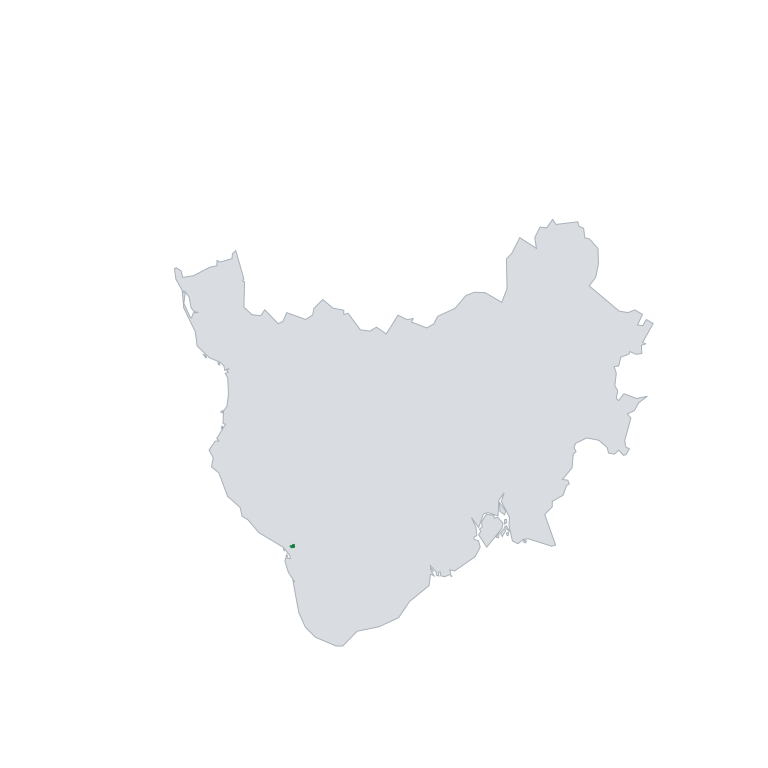 location of Amargosa, Bahia, Brazil, rotated 126°
{"feature_id": "56859067B13463392210040", "entity_name": "Amargosa", "entity_type": "district", "adm_level": 2, "iso_a3": "BRA", "parent_name": "Brazil", "parent_adm1": "Bahia", "projection": "albers", "projection_center": [-39.603, -13.033], "detail": "fine", "context": "in_parent", "style": "filled", "palette": "green", "viewbox_px": 768, "rotation_deg": 126, "n_neighbors": 0, "source": "geoboundaries", "source_scale": "gbopen_adm2", "svg_char_len": 4521}
<svg xmlns="http://www.w3.org/2000/svg" viewBox="0 0 768 768"><g transform="rotate(126 384 384)"><path d="M215.8,203.4L223.2,208.2L231.5,204.7L234.6,208.0L238.8,202.4L249.9,196.1L252.0,191.0L259.2,187.6L259.5,184.4L250.8,184.1L247.3,171.2L239.1,163.7L249.5,166.9L258.4,165.8L265.1,169.5L266.5,164.2L288.3,156.0L292.8,151.3L292.2,147.4L298.9,146.7L301.0,148.4L299.5,155.1L305.4,156.5L307.9,161.7L304.2,166.2L303.3,177.2L308.4,188.3L319.4,194.1L323.8,192.8L325.8,188.9L329.8,189.5L341.3,182.6L356.4,183.5L353.8,178.8L355.9,175.4L359.0,176.6L368.6,173.7L380.0,178.9L384.5,175.7L395.1,177.3L413.4,150.5L416.7,153.0L424.4,176.4L427.9,180.0L434.5,181.8L435.5,187.8L424.9,199.8L418.2,203.9L410.0,220.1L401.4,222.8L410.6,222.8L423.7,214.2L426.8,224.2L430.6,227.2L444.4,223.1L440.7,234.7L445.8,225.4L452.1,219.8L455.3,221.3L456.7,219.6L455.3,215.5L459.4,210.3L470.2,208.8L493.8,217.0L495.5,221.4L498.7,218.2L504.2,221.6L505.8,225.3L503.0,228.0L504.2,229.3L507.1,226.7L507.8,229.2L505.2,231.8L503.7,239.7L507.3,236.4L509.8,230.5L510.4,234.6L520.7,229.1L545.0,235.5L564.4,234.8L583.4,245.4L599.8,260.4L620.3,263.4L624.2,268.9L629.2,290.6L627.0,304.6L618.9,318.7L596.8,341.9L596.7,339.9L592.6,350.6L585.7,359.9L582.6,361.3L580.2,357.1L578.2,359.2L575.3,369.3L577.8,397.9L573.8,414.4L574.4,421.0L568.4,427.9L566.8,444.5L553.0,465.3L552.5,474.8L544.2,478.7L540.3,486.7L529.5,487.0L527.1,484.1L526.3,487.4L509.7,488.5L510.5,491.1L500.2,497.9L494.2,498.0L483.9,503.7L471.0,513.9L468.7,518.7L466.3,517.0L465.5,519.1L462.5,518.3L466.5,521.0L463.5,524.1L462.7,529.4L465.4,540.6L463.1,557.5L452.6,567.4L440.2,590.7L427.9,601.4L427.5,598.1L436.3,593.4L443.6,580.7L443.7,578.5L438.5,580.1L435.2,576.2L437.0,580.1L435.8,584.8L428.3,592.7L426.1,598.8L427.0,602.1L421.6,613.8L413.9,621.3L412.0,620.4L411.7,614.8L416.0,609.4L408.4,601.8L391.8,593.5L386.6,588.7L382.2,591.7L381.5,588.1L372.0,580.7L367.8,583.1L363.2,582.3L381.4,559.1L383.8,559.1L383.2,557.0L404.2,542.5L405.5,531.5L401.1,523.8L394.1,524.1L397.4,505.1L392.7,502.5L383.5,504.7L377.8,485.3L369.9,482.3L364.3,485.1L351.7,483.2L352.6,470.0L348.0,459.9L351.4,457.4L347.9,454.7L354.1,435.0L349.5,426.5L342.4,423.5L342.2,411.6L320.1,413.1L318.4,403.2L313.9,398.8L317.7,398.4L313.5,382.3L306.2,379.1L297.6,380.3L281.0,371.0L264.1,369.7L256.5,364.6L250.7,355.9L248.7,336.7L234.4,340.6L210.8,358.5L203.1,357.4L185.8,360.2L184.7,340.4L176.9,348.1L165.3,350.0L162.1,344.2L151.7,344.3L153.9,338.7L138.8,322.5L141.8,319.0L140.7,314.0L147.7,307.5L145.9,303.1L148.6,290.5L160.8,281.1L173.4,275.4L184.0,275.7L186.8,236.6L182.8,228.5L176.6,224.7L175.8,215.9L187.3,213.5L184.7,209.0L177.7,209.7L176.8,201.8L198.4,199.2L197.8,196.0L201.4,198.5L207.9,193.3L212.0,197.9L213.2,204.1L215.8,203.4ZM431.6,203.7L455.6,205.0L450.4,218.7L446.1,219.1L445.4,221.5L441.8,220.5L438.2,224.1L429.1,224.5L425.6,217.8L427.9,216.0L425.0,213.7L426.6,205.9L431.6,203.7ZM412.0,220.9L415.2,211.0L418.9,209.5L418.9,215.4L412.0,220.9ZM438.0,198.7L435.8,202.4L430.4,201.8L431.1,199.5L438.0,198.7ZM429.6,195.1L429.0,202.5L426.7,201.8L429.6,195.1ZM442.0,203.2L438.6,203.8L437.0,203.2L441.1,200.9L442.0,203.2ZM426.4,204.1L423.0,206.7L421.5,205.5L423.9,203.2L426.4,204.1ZM432.6,197.4L430.9,196.0L433.7,194.4L434.0,195.8L432.6,197.4ZM429.9,178.6L427.9,179.0L427.3,176.4L429.2,176.1L429.9,178.6ZM466.4,547.5L465.7,545.2L467.1,543.0L467.5,543.7L466.4,547.5ZM502.1,496.9L502.6,499.6L500.3,499.1L502.1,496.9ZM464.7,530.9L463.7,529.6L465.1,528.1L465.6,528.7L464.7,530.9ZM506.6,234.7L505.2,237.6L506.6,233.6L506.6,234.7ZM581.3,361.8L579.0,362.5L580.5,360.3L581.3,361.8ZM515.7,489.4L513.5,490.3L513.0,489.8L514.3,488.6L515.7,489.4ZM577.5,366.9L576.7,368.4L576.1,367.5L577.5,366.9ZM499.9,215.7L500.1,217.3L499.4,217.1L499.9,215.7Z" fill="#d9dde1" stroke="#a8b0b8" stroke-width="1"/><path d="M569.9,362.1L569.8,361.9L569.7,361.9L569.7,361.7L569.4,361.5L569.4,361.4L569.2,361.2L568.9,361.0L568.9,360.9L568.7,360.8L568.6,361.0L568.4,361.0L568.2,361.2L568.2,361.3L568.2,361.5L568.0,361.8L567.9,361.8L567.9,361.7L567.7,361.6L567.3,362.0L567.3,361.9L567.3,362.0L567.2,362.0L567.1,361.9L566.9,361.8L566.8,361.7L566.7,361.6L567.0,362.4L567.2,362.6L567.3,362.7L567.5,362.9L567.6,363.0L567.8,363.2L568.4,363.2L568.6,363.0L568.8,363.0L569.1,363.1L569.1,363.3L569.2,363.6L569.3,363.7L569.4,363.8L569.4,363.7L569.5,363.7L569.8,363.4L570.0,363.4L570.3,363.3L570.3,363.2L570.4,363.3L570.5,363.4L570.5,363.2L570.5,362.9L570.4,362.9L570.4,362.7L570.2,362.7L570.0,362.4L569.9,362.2L569.9,362.1Z" fill="#22c55e" stroke="#15803d" stroke-width="1.5"/></g></svg>